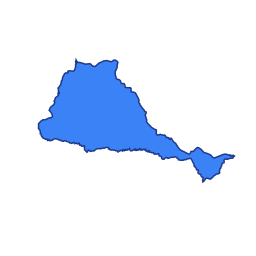 outline of Calarca, Quindío, Colombia, rotated 241°
{"feature_id": "7082276B90066028966732", "entity_name": "Calarca", "entity_type": "district", "adm_level": 2, "iso_a3": "COL", "parent_name": "Colombia", "parent_adm1": "Quindío", "projection": "albers", "projection_center": [-75.682, 4.454], "detail": "fine", "context": "isolated", "style": "filled", "palette": "blue", "viewbox_px": 256, "rotation_deg": 241, "n_neighbors": 0, "source": "geoboundaries", "source_scale": "gbopen_adm2", "svg_char_len": 5818}
<svg xmlns="http://www.w3.org/2000/svg" viewBox="0 0 256 256"><g transform="rotate(241 128 128)"><path d="M194.3,148.2L194.0,147.2L194.0,146.0L194.2,145.3L197.4,142.0L198.5,138.9L198.4,137.0L198.9,134.6L198.4,132.1L197.9,130.2L197.8,129.1L198.0,128.8L199.4,127.0L201.5,126.5L202.8,125.8L203.3,124.3L203.7,123.7L203.8,123.0L204.3,122.2L205.3,120.8L206.5,119.9L207.9,118.3L208.7,117.7L209.4,116.3L209.9,115.9L211.3,115.6L212.7,115.6L211.9,115.0L211.6,114.4L211.3,114.3L210.5,114.0L209.7,114.4L209.4,114.3L209.3,113.3L209.0,112.9L208.1,112.6L207.0,111.8L205.5,110.5L204.4,109.0L204.2,107.7L206.3,104.7L206.9,103.4L206.5,102.7L205.6,102.5L205.3,102.1L206.4,100.2L206.3,99.3L206.0,98.5L204.5,96.1L203.7,95.2L201.9,93.7L201.2,92.2L200.0,91.8L199.5,90.9L198.5,90.3L197.9,88.5L196.5,86.5L196.6,86.4L197.0,86.6L196.9,86.2L196.6,86.0L195.9,86.1L195.4,85.9L194.5,85.2L194.1,85.0L192.1,84.9L191.6,84.7L191.6,84.4L192.6,84.2L192.6,83.8L191.5,83.2L190.6,83.2L189.8,81.3L189.7,79.2L188.5,78.2L187.4,76.4L186.9,76.3L185.9,76.5L185.4,75.7L184.7,74.9L184.3,74.2L184.3,73.2L183.6,70.1L181.7,67.6L179.2,68.2L176.7,68.2L175.9,68.0L174.3,67.1L174.3,66.1L175.2,63.2L175.2,60.9L175.4,59.6L175.8,58.5L176.4,57.7L176.5,57.2L176.2,56.5L176.2,54.7L175.6,53.6L175.5,52.9L175.1,51.9L174.5,51.4L172.2,50.3L171.7,49.8L171.1,49.5L170.5,49.5L168.8,49.9L166.0,49.0L165.6,48.5L165.2,48.9L164.6,49.0L163.5,48.5L162.5,48.5L161.2,48.8L160.6,48.7L159.7,49.5L158.2,50.3L157.5,51.8L156.2,51.5L155.9,51.7L155.8,52.2L156.3,52.8L156.3,53.1L155.9,53.3L154.6,53.6L154.5,54.4L154.0,55.6L154.2,57.6L154.2,58.4L154.1,58.8L152.4,61.1L151.1,61.7L150.7,62.1L150.4,63.0L149.3,63.3L147.8,64.8L147.6,65.4L147.7,66.2L147.4,66.8L145.6,68.2L144.5,69.3L143.7,69.8L143.2,69.8L143.0,70.3L141.8,71.3L141.7,73.5L141.2,73.9L140.3,73.7L140.0,73.9L140.0,75.2L138.3,76.4L138.5,77.5L138.4,77.9L138.1,77.9L137.0,77.7L136.5,77.4L135.8,78.0L135.7,78.7L134.6,78.7L134.0,79.4L133.9,81.0L133.6,81.2L132.8,81.2L132.0,80.3L130.0,79.5L126.7,80.4L126.9,81.3L127.8,82.2L127.8,82.8L127.1,83.4L126.0,83.6L125.5,84.2L125.3,85.5L125.1,86.2L124.5,86.8L124.4,87.4L124.8,88.9L125.0,90.5L124.1,92.2L123.9,93.1L122.9,94.2L123.1,94.8L122.6,96.6L121.9,97.2L121.5,99.9L120.3,101.4L119.2,101.5L119.0,100.9L117.1,102.3L116.6,103.0L115.4,105.3L114.2,106.0L113.5,107.4L113.0,107.6L111.9,107.6L111.9,108.8L112.2,109.9L111.7,110.7L111.5,111.7L110.6,111.9L110.4,112.1L110.5,112.4L111.3,112.9L109.8,114.0L109.9,114.5L110.8,114.6L110.7,114.9L110.4,115.3L109.5,115.6L109.0,116.5L109.6,117.3L108.7,118.1L108.7,118.4L109.2,119.3L108.2,119.1L107.3,119.1L106.7,119.3L106.5,119.6L106.2,120.3L106.1,121.4L106.4,123.1L105.6,123.0L105.3,123.3L106.0,124.0L105.9,124.3L105.2,124.9L104.6,124.3L104.4,124.3L104.4,125.6L103.9,125.6L103.7,125.8L103.8,126.2L104.3,126.9L104.0,127.5L104.2,128.2L104.0,128.3L102.9,127.9L102.7,128.0L102.7,128.3L103.2,128.9L103.2,129.3L103.0,129.5L102.4,129.2L102.0,129.4L101.6,130.4L101.8,131.7L100.7,132.0L100.7,133.0L99.9,132.4L99.6,132.4L98.7,133.0L98.3,134.1L98.2,134.1L97.7,133.6L97.5,133.9L98.0,134.8L97.9,135.5L97.6,135.7L96.7,135.1L96.3,135.2L95.5,136.4L94.7,136.9L94.3,138.2L94.2,138.3L92.9,138.1L92.4,138.4L91.1,140.7L90.7,142.2L90.2,142.3L88.7,141.7L88.2,141.9L87.7,142.8L87.1,143.2L86.4,143.2L85.0,142.7L84.2,143.0L83.7,143.4L83.2,144.5L83.7,145.8L83.6,147.1L83.3,147.7L82.4,147.9L82.0,148.3L81.6,151.0L80.2,154.0L79.8,155.6L79.5,155.9L78.1,156.2L77.6,156.7L76.9,157.0L76.4,157.0L75.9,156.6L74.1,158.6L73.0,160.8L73.0,161.9L72.2,163.2L72.3,164.8L71.7,166.1L71.7,166.9L70.8,168.1L69.3,168.3L64.6,168.1L63.5,167.9L62.9,167.4L62.7,167.4L59.2,168.2L58.6,167.8L58.2,167.7L57.7,168.1L57.3,168.9L57.0,169.1L56.5,168.9L55.2,167.6L54.7,167.5L53.6,167.7L52.1,169.1L50.7,168.7L49.6,168.8L49.1,169.0L48.3,169.6L47.9,169.6L47.4,169.3L46.3,167.9L44.5,167.4L45.0,169.4L45.8,170.7L46.0,171.5L46.0,172.2L45.6,173.2L43.8,174.7L43.3,175.4L43.3,175.8L43.7,176.4L43.7,177.5L43.9,178.4L44.6,180.2L44.6,181.9L44.9,183.1L44.2,184.3L44.1,185.9L44.5,186.6L45.8,186.9L47.3,188.3L47.8,188.9L47.9,189.6L48.3,189.8L49.9,191.9L50.9,192.6L51.3,193.4L51.1,195.3L51.6,195.6L52.7,195.9L52.9,196.2L53.4,196.5L53.6,196.8L53.7,197.6L53.5,198.6L52.9,199.0L52.3,200.3L52.1,202.4L51.0,204.7L51.0,205.6L51.8,206.4L51.9,207.5L53.1,206.8L53.3,206.3L53.3,205.1L53.6,204.5L54.4,204.0L53.6,204.8L53.9,204.8L54.5,204.3L54.7,204.5L55.0,204.1L54.7,203.7L56.8,201.9L58.1,200.3L58.7,198.3L59.8,189.5L60.4,188.3L61.5,187.8L64.6,187.1L67.6,184.7L69.6,182.6L74.4,181.4L75.2,180.8L76.4,180.3L77.1,179.6L77.3,178.9L77.2,178.4L76.6,175.8L75.8,173.9L76.8,172.3L76.9,171.7L76.7,171.3L75.8,170.4L75.5,169.8L75.5,169.1L76.0,168.2L80.4,165.3L81.8,164.2L83.3,163.3L84.6,162.8L86.3,162.5L91.6,162.2L92.4,161.8L92.6,161.5L95.0,161.0L97.4,161.0L98.1,160.8L98.2,160.2L97.7,159.3L98.1,158.7L98.5,158.6L99.7,159.0L100.2,158.2L100.9,157.7L101.0,156.9L101.6,157.0L102.3,156.7L102.8,157.0L103.2,157.0L104.3,156.3L104.7,155.0L105.4,154.6L105.5,154.2L106.8,153.2L107.0,152.6L106.9,151.4L107.5,150.8L107.9,150.0L109.8,150.1L111.3,151.2L111.8,151.4L112.3,151.8L112.7,151.8L114.5,150.3L117.3,148.8L118.5,148.6L122.2,147.5L123.2,147.5L124.2,147.2L124.7,147.3L125.8,148.2L126.6,148.5L128.0,148.6L129.2,149.1L130.6,149.1L131.0,149.2L131.6,150.0L132.1,151.1L133.2,151.6L133.7,151.3L134.4,150.6L135.7,150.8L140.2,149.9L141.5,150.0L142.4,149.6L143.6,150.1L144.7,149.7L145.1,149.8L147.3,151.3L148.6,151.2L150.2,151.5L151.9,151.4L154.4,151.5L155.4,151.3L157.0,150.0L157.4,148.8L157.8,148.4L158.5,148.4L160.7,149.7L162.0,149.7L164.2,146.0L164.9,145.4L167.7,146.2L168.8,146.0L170.1,143.9L170.9,143.7L172.6,144.2L173.3,144.2L174.5,143.7L175.9,142.2L176.6,141.8L180.6,142.6L183.5,144.1L184.0,144.7L184.3,145.5L185.1,146.1L185.8,147.5L188.4,149.2L190.2,150.9L191.1,151.0L193.3,150.0L193.7,149.6L193.9,148.9L194.3,148.2Z" fill="#3b82f6" stroke="#1e3a8a" stroke-width="1.5"/></g></svg>